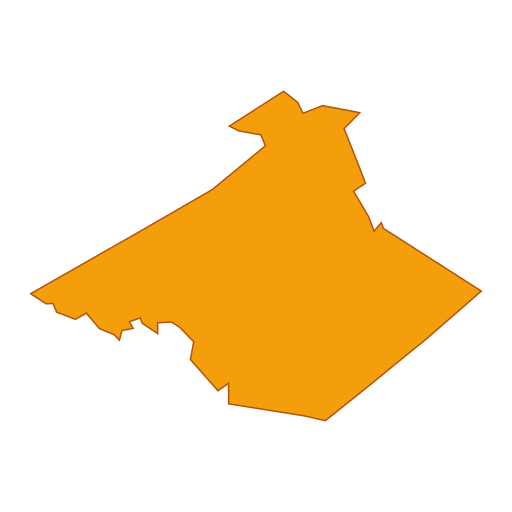 Nicholas, West Virginia, United States of America
{"feature_id": "52423323B75568598191549", "entity_name": "Nicholas", "entity_type": "district", "adm_level": 2, "iso_a3": "USA", "parent_name": "United States of America", "parent_adm1": "West Virginia", "projection": "robinson", "projection_center": [-80.892, 38.318], "detail": "fine", "context": "isolated", "style": "filled", "palette": "amber", "viewbox_px": 512, "rotation_deg": 0, "n_neighbors": 0, "source": "geoboundaries", "source_scale": "gbopen_adm2", "svg_char_len": 734}
<svg xmlns="http://www.w3.org/2000/svg" viewBox="0 0 512 512"><path d="M30.8,293.6L30.7,293.8L46.2,303.8L53.0,303.5L56.7,312.2L75.5,319.3L86.4,313.2L99.4,328.6L114.1,334.7L119.4,340.2L122.0,330.5L133.2,328.4L129.3,321.8L140.2,317.9L142.3,323.3L157.7,333.6L157.6,322.8L171.3,322.0L179.6,327.2L193.7,341.8L190.4,359.5L218.0,390.8L228.6,383.2L228.7,403.9L303.8,415.8L325.3,420.7L371.5,383.7L396.5,363.2L426.9,338.5L481.3,291.1L383.3,228.3L381.3,222.6L374.1,231.2L368.5,216.5L353.6,191.2L365.5,183.2L359.9,168.6L344.1,128.6L359.7,112.7L322.6,105.6L302.9,113.3L297.7,102.4L283.6,91.3L229.3,126.1L238.7,130.9L260.9,134.9L265.4,145.8L212.2,189.6L138.2,232.4L106.0,250.7L30.8,293.6Z" fill="#f59e0b" stroke="#b45309" stroke-width="1.5"/></svg>